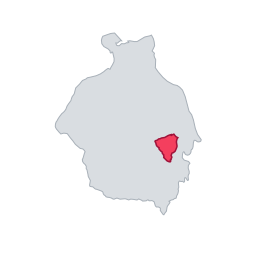 location of Gorj within Romania, rotated 245°
{"feature_id": "ROU-123", "entity_name": "Gorj", "entity_type": "County", "adm_level": 1, "iso_a3": "ROU", "parent_name": "Romania", "parent_adm1": "", "projection": "orthographic", "projection_center": [23.299, 44.951], "detail": "fine", "context": "in_parent", "style": "filled", "palette": "rose", "viewbox_px": 256, "rotation_deg": 245, "n_neighbors": 0, "source": "natural_earth", "source_scale": "10m", "svg_char_len": 4716}
<svg xmlns="http://www.w3.org/2000/svg" viewBox="0 0 256 256"><g transform="rotate(245 128 128)"><path d="M191.8,140.6L194.1,143.4L196.8,144.8L203.1,146.1L203.6,145.8L203.7,145.5L203.2,145.1L203.1,144.6L203.4,143.9L204.2,143.8L205.6,144.3L208.2,143.3L211.9,140.6L215.4,139.9L218.8,141.0L220.6,142.5L221.8,144.0L221.6,145.9L221.5,147.1L221.0,152.0L220.5,153.8L219.7,156.0L209.7,159.1L210.3,157.9L209.9,155.9L209.4,154.4L210.2,152.9L207.9,152.6L207.0,153.4L206.3,154.8L207.2,157.8L206.2,159.6L205.8,160.6L205.9,162.8L205.3,163.8L205.3,164.9L206.9,164.5L206.3,166.5L203.5,170.5L202.5,172.8L203.4,181.6L202.3,186.9L202.3,188.5L199.0,188.7L198.0,188.7L194.9,188.1L191.3,186.9L189.1,184.3L187.6,182.4L184.7,183.5L184.1,183.3L183.3,182.4L181.0,181.9L178.3,182.0L171.9,178.7L171.2,178.2L166.4,179.0L159.2,181.0L153.7,183.4L148.1,187.5L145.8,190.5L143.1,192.1L139.3,193.4L132.4,193.1L125.1,191.8L117.4,190.4L113.2,191.3L107.6,190.7L99.1,188.8L92.7,188.3L86.5,189.4L85.4,188.5L85.2,187.5L85.5,186.2L86.3,185.0L87.9,184.2L88.7,183.4L88.7,182.5L87.1,181.1L83.6,179.1L82.2,177.9L81.8,177.6L81.8,176.5L81.1,175.7L79.7,175.0L78.7,173.9L78.0,172.3L78.1,170.7L79.2,169.3L80.5,168.7L82.2,168.9L82.9,168.5L82.6,167.5L81.0,166.2L78.1,164.6L75.1,165.4L72.1,168.7L69.9,169.2L68.6,166.9L66.2,165.6L62.8,165.1L60.8,164.2L60.0,162.9L58.5,161.9L55.3,160.8L55.3,159.8L55.8,159.6L57.0,159.5L58.5,159.3L58.8,158.8L58.8,158.3L57.6,157.6L56.4,157.1L55.7,156.7L55.3,156.2L55.3,155.6L55.6,155.3L56.1,155.3L56.6,155.0L56.9,153.8L57.6,152.8L58.1,152.5L58.1,151.8L57.6,151.1L57.0,150.5L56.0,150.1L52.9,149.0L51.4,147.5L50.4,147.5L48.9,146.6L47.3,145.3L46.0,143.5L44.5,142.3L44.1,141.9L44.1,141.4L44.4,140.9L44.4,140.4L44.0,138.6L44.4,136.8L44.4,135.1L44.4,134.3L44.1,134.1L43.8,134.3L43.4,134.7L43.0,134.7L42.0,133.4L40.6,130.8L39.7,129.9L37.9,128.7L36.4,127.7L35.3,125.5L34.2,123.8L35.0,123.2L39.5,122.4L41.5,123.4L42.5,123.1L43.4,122.3L43.9,121.7L44.0,121.1L44.5,120.3L46.0,119.9L50.0,120.5L51.6,119.5L52.2,118.8L52.6,117.5L53.1,116.4L54.5,115.8L54.5,114.8L54.3,113.7L55.2,111.3L55.7,110.3L56.5,110.0L57.5,109.2L59.2,107.7L58.9,106.3L59.2,105.3L61.0,102.8L62.4,100.4L62.4,99.2L62.6,98.1L63.8,97.0L65.1,95.5L66.8,90.8L67.4,90.1L68.4,89.2L69.2,88.3L69.4,85.2L70.1,84.3L71.6,83.3L73.0,81.7L74.1,79.9L75.0,79.0L76.2,78.8L77.5,78.0L78.9,77.8L80.2,78.1L81.1,78.0L82.4,77.0L85.8,73.6L86.2,72.9L86.9,72.4L89.6,71.2L90.3,70.0L91.2,68.9L92.4,69.0L96.3,71.7L100.5,71.5L101.3,71.6L101.5,71.6L102.0,71.9L107.6,73.2L108.5,73.0L108.7,72.9L110.9,74.0L112.9,73.8L114.8,73.0L116.7,72.7L118.6,73.2L119.9,74.7L123.6,77.9L124.6,79.1L126.3,78.9L128.1,78.2L129.8,76.0L135.4,73.4L139.6,72.6L143.8,71.5L148.5,70.6L149.9,68.6L150.6,67.2L151.0,64.6L153.6,63.7L156.0,63.1L156.9,62.8L158.6,62.6L160.0,62.7L162.2,63.9L163.8,65.4L164.5,66.7L165.8,68.4L167.3,70.8L169.0,74.1L169.4,75.7L170.0,77.5L171.3,79.7L173.6,82.0L173.9,82.5L174.9,84.1L177.0,87.9L178.7,89.3L180.2,90.9L180.9,92.5L182.0,94.0L184.4,95.9L186.4,97.6L188.3,102.8L189.5,105.1L190.3,106.9L190.2,110.7L190.7,112.3L190.0,115.3L188.8,121.3L188.7,126.0L189.1,128.5L189.3,130.1L189.7,131.2L190.2,133.3L190.4,135.1L189.9,135.7L189.1,136.2L188.8,136.6L189.6,137.4L190.7,138.9L191.8,140.6Z" fill="#d9dde1" stroke="#a8b0b8" stroke-width="1"/><path d="M97.1,147.8L97.2,147.7L97.6,147.4L98.7,146.8L100.0,146.4L100.6,146.6L101.5,146.6L101.8,146.6L102.1,146.8L102.4,146.9L102.8,146.9L104.0,146.8L104.4,146.8L104.7,147.1L104.9,147.3L104.9,147.6L104.7,148.7L104.7,149.3L104.8,150.1L105.0,150.6L105.1,151.0L105.1,151.3L104.8,152.3L104.7,152.7L104.8,153.6L104.8,154.0L104.2,156.2L104.0,156.9L103.9,157.3L103.9,157.8L104.2,161.1L104.1,162.6L103.8,164.2L103.6,164.0L103.4,163.9L103.2,163.9L103.0,164.0L103.0,164.3L103.0,164.6L103.1,164.9L103.1,165.2L103.1,165.5L103.0,165.9L103.0,166.1L103.1,166.4L103.1,166.6L103.1,166.8L103.0,167.0L102.8,167.1L101.9,167.2L99.9,167.8L98.1,169.1L97.8,168.4L97.6,168.1L96.4,167.0L95.1,166.1L94.7,165.9L91.2,164.9L90.8,164.7L90.3,164.4L88.8,162.9L87.0,160.8L86.9,160.5L86.8,160.2L86.7,159.6L86.7,159.3L86.5,158.8L86.5,158.6L86.5,158.3L86.6,157.9L86.7,157.6L86.7,157.4L86.6,157.1L86.4,156.9L85.9,156.5L85.5,156.2L85.3,156.0L85.2,155.7L84.7,155.4L84.3,155.4L83.4,155.5L83.1,155.4L82.7,155.2L81.9,154.1L81.1,153.7L81.2,153.1L81.1,152.9L81.0,152.7L80.8,152.6L80.0,152.6L79.8,152.5L79.6,152.4L79.5,152.1L79.6,151.9L79.7,151.5L80.3,150.7L81.7,149.5L85.9,148.0L86.1,147.9L86.4,148.1L86.5,148.3L87.0,148.5L87.8,148.6L88.0,148.6L88.2,148.8L88.3,148.9L88.5,149.0L88.8,149.0L90.1,148.4L90.6,148.4L90.9,148.5L91.5,148.7L91.8,148.7L92.1,148.7L93.2,148.0L93.5,147.9L94.4,147.7L95.0,147.4L95.4,147.3L95.9,147.3L96.2,147.3L96.5,147.5L96.9,147.8L97.1,147.8Z" fill="#f43f5e" stroke="#9f1239" stroke-width="1.5"/></g></svg>